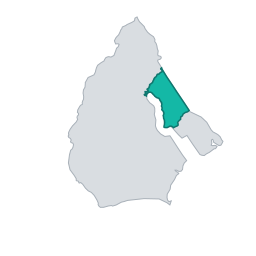 where Kolda sits in Senegal, rotated 236°
{"feature_id": "SEN-774", "entity_name": "Kolda", "entity_type": "Region", "adm_level": 1, "iso_a3": "SEN", "parent_name": "Senegal", "parent_adm1": "", "projection": "natural_earth1", "projection_center": [-14.005, 13.12], "detail": "fine", "context": "in_parent", "style": "filled", "palette": "teal", "viewbox_px": 256, "rotation_deg": 236, "n_neighbors": 0, "source": "natural_earth", "source_scale": "10m", "svg_char_len": 5757}
<svg xmlns="http://www.w3.org/2000/svg" viewBox="0 0 256 256"><g transform="rotate(236 128 128)"><path d="M189.5,117.9L192.2,123.2L191.7,125.8L191.1,129.5L192.6,132.2L194.3,134.0L195.6,135.6L197.0,137.9L197.2,142.3L197.0,145.6L197.9,147.0L198.7,148.9L198.5,150.4L198.0,151.8L196.3,153.6L196.0,156.9L198.8,160.9L200.6,163.2L200.6,164.4L201.1,165.8L202.4,167.4L203.2,167.0L204.1,165.7L204.5,164.8L206.8,165.2L208.0,165.6L209.5,168.3L210.0,170.0L210.4,172.2L212.0,175.0L213.4,177.0L213.7,178.2L214.9,179.8L214.2,183.5L214.3,185.3L213.4,190.2L213.3,192.5L213.3,193.4L215.2,195.2L215.0,197.6L213.1,197.2L209.8,196.9L203.1,198.2L200.8,197.7L196.5,197.8L193.4,198.6L189.4,200.2L186.3,199.8L184.7,198.5L182.5,198.6L180.0,197.9L177.4,196.7L175.0,196.1L172.4,193.8L171.2,193.4L170.4,194.0L169.7,194.7L168.9,195.2L167.5,194.8L167.0,193.3L167.4,191.8L167.6,190.6L166.9,190.0L165.3,189.8L162.8,189.8L158.7,189.4L157.8,189.1L148.6,188.7L139.0,188.7L131.0,188.6L120.8,188.6L113.6,188.5L106.9,188.5L101.8,191.5L96.2,194.8L88.7,196.5L80.0,195.9L77.2,196.3L74.4,197.8L72.3,198.8L69.3,199.5L65.4,199.0L63.9,199.3L62.9,197.8L61.8,195.4L62.5,193.6L64.9,192.5L68.4,191.0L70.3,191.8L71.3,191.8L71.5,190.8L71.2,190.3L68.5,189.0L67.2,187.3L66.0,188.3L65.0,190.4L64.2,191.0L63.0,191.6L62.3,190.2L62.0,188.8L62.6,187.8L62.3,181.8L62.7,178.6L62.5,175.8L64.2,173.9L65.8,172.8L71.9,172.7L77.7,172.6L83.2,172.6L88.9,172.7L89.4,167.1L91.2,166.7L93.9,166.1L98.9,165.4L104.4,164.8L105.6,163.7L106.5,161.8L107.1,160.1L108.2,159.4L109.8,160.0L111.8,160.9L113.9,162.2L116.4,163.5L118.0,164.3L121.8,166.2L128.4,169.0L133.9,170.1L140.5,168.1L145.2,166.8L145.8,164.4L145.1,162.0L141.5,159.9L136.7,160.1L135.2,160.7L133.0,161.4L131.7,161.7L129.4,161.2L126.5,159.3L124.7,157.5L122.2,156.6L119.2,155.7L114.4,151.9L111.8,151.2L109.5,151.0L104.9,151.7L100.4,153.8L98.1,158.4L93.6,158.4L84.1,158.2L75.4,158.1L68.2,158.4L67.5,155.0L65.8,152.3L63.1,150.0L62.5,147.9L63.4,146.0L66.1,144.5L66.7,143.4L65.3,143.5L63.2,144.5L61.8,144.6L61.6,141.6L59.3,137.8L56.7,131.4L53.7,128.7L51.2,123.5L48.6,121.5L46.2,120.5L44.1,120.7L43.4,123.1L40.8,119.7L44.3,118.5L51.8,114.1L60.5,101.8L68.2,87.2L69.2,83.7L70.2,81.1L70.8,75.1L71.9,71.6L73.0,70.9L74.3,68.2L75.9,63.4L77.7,60.7L79.7,60.2L81.2,60.4L82.3,61.4L85.6,62.0L91.0,62.3L95.1,61.6L98.1,59.9L101.9,59.1L106.7,59.0L109.2,58.3L109.5,57.0L110.1,56.6L111.1,57.1L112.0,56.9L112.9,55.9L113.8,55.8L114.7,56.7L118.7,56.9L125.8,56.6L132.4,59.1L138.5,64.5L141.6,68.0L141.8,69.8L142.8,71.6L144.6,73.5L146.3,73.8L147.8,72.6L148.9,72.8L149.8,74.2L151.5,74.4L153.4,73.6L154.8,73.9L155.1,74.7L155.4,75.2L156.3,75.3L157.6,76.4L159.3,79.3L160.8,83.2L161.9,88.3L163.3,91.1L165.1,91.5L166.2,92.6L166.4,93.8L166.9,94.6L167.8,95.1L169.3,94.8L171.1,96.5L173.0,100.3L173.4,101.9L173.1,102.9L173.2,103.5L174.5,104.1L175.7,105.4L176.7,107.2L178.8,108.8L182.1,110.3L184.5,112.4L185.9,115.2L188.9,117.6L189.5,117.9Z" fill="#d9dde1" stroke="#a8b0b8" stroke-width="1"/><path d="M159.1,189.5L157.8,189.1L148.6,188.7L138.5,188.7L131.1,188.6L128.5,188.6L118.4,188.6L116.1,188.6L108.4,188.5L108.1,186.5L108.4,185.5L108.8,184.4L108.8,182.9L108.8,181.7L108.3,180.7L107.7,180.0L107.6,178.8L107.7,177.9L106.7,177.1L105.8,176.5L105.7,175.7L105.6,174.6L105.1,172.9L104.6,172.1L103.3,171.8L102.3,171.0L102.2,169.8L102.5,168.6L102.7,167.3L102.8,165.9L103.7,165.7L104.7,165.3L105.5,164.7L106.1,163.8L106.2,162.9L106.4,160.8L106.8,160.1L107.4,159.3L108.0,158.6L108.6,158.3L109.4,158.9L110.7,160.3L112.1,161.4L112.1,161.5L114.0,162.5L114.9,162.8L116.0,162.9L116.4,163.1L117.4,163.7L117.9,163.9L118.5,164.0L118.8,164.3L119.3,165.2L120.1,166.0L121.1,166.4L122.1,166.6L123.2,166.4L124.1,166.2L124.4,166.3L125.2,167.2L125.5,167.5L125.9,167.7L126.3,167.8L127.2,167.9L127.5,168.0L127.9,168.4L128.1,168.7L128.3,169.0L128.6,169.2L129.7,169.8L130.4,170.1L131.2,170.1L132.8,170.0L134.3,170.3L135.2,170.3L135.8,169.9L137.1,168.8L137.6,168.5L138.1,168.5L139.3,168.0L140.4,168.0L141.6,167.7L143.7,167.5L145.1,166.8L145.9,165.3L146.0,163.7L145.3,162.1L145.1,161.8L144.4,161.4L144.2,161.2L144.6,161.0L144.8,160.9L145.2,160.8L145.3,160.8L145.4,160.7L145.5,160.5L145.5,160.4L145.6,160.2L145.9,160.1L146.2,160.1L146.5,160.1L146.7,160.3L146.7,160.5L146.5,160.8L146.5,161.2L146.5,161.3L146.4,161.5L146.3,161.8L146.3,162.0L146.5,162.3L146.9,162.3L147.1,162.1L147.4,162.0L147.6,162.1L148.2,162.3L148.5,162.4L148.6,162.5L148.4,162.8L147.9,163.4L147.8,163.5L147.7,163.9L147.7,164.1L147.7,164.3L147.7,164.5L147.6,164.8L147.5,165.0L147.4,165.2L147.3,165.3L147.4,165.5L147.6,165.6L147.8,165.6L148.1,165.7L148.3,165.7L149.0,165.5L149.4,165.5L149.5,165.5L149.6,165.9L149.5,166.0L149.3,166.4L149.3,166.6L149.5,166.9L149.6,167.0L149.7,167.4L149.7,167.6L149.6,167.9L149.7,168.1L149.8,168.3L150.1,168.5L150.5,168.7L150.6,168.8L150.7,169.0L150.7,169.3L150.8,169.5L151.1,169.9L151.6,169.9L151.7,170.0L151.8,170.2L151.9,170.4L151.9,171.1L151.9,171.3L151.9,171.9L151.8,172.1L151.8,172.3L151.8,172.5L152.0,172.7L152.0,173.3L152.0,173.6L152.2,174.1L152.6,174.5L152.8,174.7L152.9,174.8L153.0,174.9L153.0,175.1L153.0,175.3L153.0,175.5L153.5,176.0L153.8,176.4L154.0,176.7L154.2,176.9L154.3,177.1L154.3,177.3L154.2,177.4L154.1,177.5L154.4,177.8L154.6,177.8L154.7,178.0L154.9,179.0L154.7,179.4L154.7,179.5L154.9,179.9L155.0,180.4L155.1,180.7L155.3,181.0L155.7,181.3L155.8,181.5L155.9,182.3L156.1,182.5L155.9,182.8L155.7,182.8L155.6,183.0L155.7,183.4L155.7,183.5L155.5,183.8L155.4,183.9L155.4,184.1L155.4,184.3L155.5,184.5L155.7,184.8L155.7,185.1L155.8,185.3L155.8,185.5L155.8,186.7L155.7,186.9L155.6,187.2L155.6,187.3L155.6,187.5L155.8,187.8L156.0,188.0L156.4,188.2L156.7,188.4L157.1,188.4L157.7,188.4L158.0,188.3L158.4,188.2L158.5,188.1L158.9,188.3L159.1,189.0L159.1,189.5L159.1,189.5Z" fill="#14b8a6" stroke="#0f766e" stroke-width="1.5"/></g></svg>